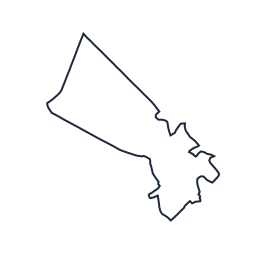 As-Sweida, As Suwayda', Syria (Robinson projection), rotated 233°
{"feature_id": "27442178B49241886307156", "entity_name": "As-Sweida", "entity_type": "district", "adm_level": 2, "iso_a3": "SYR", "parent_name": "Syria", "parent_adm1": "As Suwayda'", "projection": "robinson", "projection_center": [36.721, 32.771], "detail": "fine", "context": "isolated", "style": "outline", "palette": "slate", "viewbox_px": 256, "rotation_deg": 233, "n_neighbors": 0, "source": "geoboundaries", "source_scale": "gbopen_adm2", "svg_char_len": 3683}
<svg xmlns="http://www.w3.org/2000/svg" viewBox="0 0 256 256"><g transform="rotate(233 128 128)"><path d="M185.7,76.2L185.6,76.3L184.5,77.0L178.8,79.6L174.9,81.2L171.1,82.9L166.6,85.0L162.6,86.8L158.6,88.7L154.5,90.5L150.2,92.4L145.6,94.5L141.1,96.5L136.1,98.8L132.2,100.7L123.9,104.6L119.5,106.6L115.3,108.4L111.7,110.7L109.7,112.0L109.4,112.2L104.1,115.9L101.8,117.5L100.6,118.4L96.7,122.3L96.4,123.5L95.5,124.3L93.0,125.5L90.3,126.7L90.2,126.8L88.5,126.0L86.0,124.2L83.6,123.5L78.4,121.2L76.7,120.4L72.9,120.2L71.8,120.1L71.2,120.1L70.7,120.1L69.9,120.0L69.1,120.0L68.5,120.0L66.7,120.1L65.9,119.1L64.9,118.4L63.9,118.5L63.3,118.4L63.0,118.5L62.6,118.5L61.7,115.6L61.7,114.5L61.7,113.5L61.8,111.9L61.8,111.5L61.8,110.3L61.9,109.1L61.9,107.9L62.3,105.9L62.3,104.5L60.8,103.8L59.1,103.4L58.4,103.8L57.2,106.6L57.0,107.4L56.8,108.2L56.6,108.7L56.5,109.3L56.3,111.0L56.0,111.1L55.2,110.7L54.1,110.0L52.8,109.3L52.0,108.9L51.2,108.4L50.4,108.0L49.4,107.5L46.0,105.4L42.0,103.8L39.5,103.6L38.0,103.8L36.0,104.7L33.7,105.6L32.0,106.0L29.2,106.4L28.5,106.4L28.5,106.5L28.5,106.8L28.5,107.0L28.5,107.4L28.5,107.6L28.5,107.8L28.6,108.1L28.6,108.3L28.6,108.6L28.6,109.0L28.6,109.6L28.8,111.3L28.9,112.3L29.0,112.8L29.1,113.4L29.1,113.7L29.1,114.0L29.2,114.6L29.3,115.7L29.6,117.8L29.7,118.3L29.8,119.0L29.9,119.7L30.3,122.9L30.5,124.5L31.1,125.6L31.2,125.8L31.3,126.0L31.5,126.4L31.6,126.5L32.0,129.9L32.4,133.2L32.2,133.6L31.3,133.6L30.6,133.6L29.2,134.0L29.0,134.9L28.8,136.0L28.6,136.8L28.5,137.5L27.0,140.0L26.5,140.8L26.0,141.6L26.3,142.0L26.6,142.3L27.4,142.8L27.6,142.8L28.7,142.9L30.1,144.5L31.0,144.5L32.1,144.5L32.5,144.3L32.9,145.6L33.2,145.9L33.3,145.9L33.3,146.0L33.5,146.2L33.6,146.3L33.8,146.5L34.2,147.0L36.0,147.5L37.5,148.1L39.2,148.8L41.6,149.7L44.2,151.4L45.6,152.9L45.8,154.9L45.7,156.5L44.7,158.3L43.6,159.2L39.7,159.7L38.0,160.2L33.8,162.3L33.8,164.4L34.6,168.0L34.6,168.5L34.7,169.4L35.4,171.6L36.2,173.0L37.8,173.3L40.9,173.4L45.3,173.1L45.6,173.1L47.0,173.0L48.4,172.9L50.7,172.7L53.2,173.4L54.6,175.7L53.7,179.8L54.4,179.5L56.4,178.5L58.1,177.1L59.0,176.2L59.8,175.6L61.8,174.8L63.4,173.9L64.7,172.7L65.4,172.1L65.3,169.2L64.8,167.3L64.4,166.0L64.6,164.7L68.4,164.0L72.1,162.3L72.6,163.2L72.6,166.2L72.5,168.0L71.9,170.8L71.4,172.2L71.3,174.1L73.9,174.0L77.2,173.8L80.3,173.0L80.5,173.0L81.3,172.7L82.1,172.5L82.5,172.4L83.8,172.1L84.9,172.2L86.7,172.3L87.4,172.4L88.1,172.4L88.5,172.5L90.0,172.5L91.3,172.6L95.0,174.1L97.4,176.3L99.1,173.7L99.3,173.4L99.7,172.8L99.7,172.7L99.2,170.8L98.7,169.0L97.4,165.2L96.7,163.7L96.2,163.1L96.0,162.2L96.1,161.3L96.3,159.5L96.4,158.0L96.5,157.5L98.8,158.3L99.9,158.6L101.4,159.2L103.8,160.2L106.9,161.9L109.4,163.1L111.4,162.3L112.1,162.0L114.4,159.9L116.4,157.3L118.5,156.9L119.8,156.6L120.5,157.1L121.3,157.7L121.9,159.0L122.0,159.1L122.3,162.9L124.2,162.9L126.5,162.9L127.2,162.9L131.0,162.9L136.5,162.4L141.0,161.7L145.0,161.1L150.2,160.4L155.0,159.7L159.2,159.0L162.5,158.6L164.2,158.3L165.7,158.1L168.5,157.7L173.6,157.1L178.8,156.4L180.1,156.2L183.6,155.6L187.9,155.1L188.6,155.0L193.4,154.3L198.7,153.5L202.5,153.0L203.4,152.9L204.2,152.8L208.6,152.1L214.3,151.2L219.9,150.5L225.5,149.5L228.2,149.4L229.0,149.4L229.9,149.0L230.0,149.0L229.2,147.8L228.1,145.9L228.0,145.7L226.4,143.0L223.3,138.0L222.3,136.4L221.1,134.5L220.2,133.1L217.7,129.2L214.5,124.0L212.0,119.9L210.4,117.6L207.5,112.7L204.4,107.7L202.1,104.0L200.5,101.3L198.5,98.1L197.4,95.4L197.0,93.6L196.8,92.0L196.6,89.9L196.6,89.0L196.2,85.2L196.3,84.7L196.3,83.6L196.3,82.6L196.4,80.8L196.5,78.4L195.0,77.5L192.8,76.7L190.7,76.5L190.3,76.5L189.5,76.4L186.6,76.3L186.0,76.3L185.8,76.2L185.7,76.2Z" fill="none" stroke="#1e293b" stroke-width="2"/></g></svg>